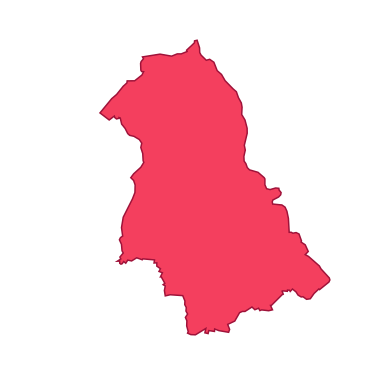 Cork City North West Lea-6, Cork, Ireland, rotated 248°
{"feature_id": "5873133B44543417312152", "entity_name": "Cork City North West Lea-6", "entity_type": "district", "adm_level": 2, "iso_a3": "IRL", "parent_name": "Ireland", "parent_adm1": "Cork", "projection": "mercator", "projection_center": [-8.566, 51.923], "detail": "fine", "context": "isolated", "style": "filled", "palette": "rose", "viewbox_px": 384, "rotation_deg": 248, "n_neighbors": 0, "source": "geoboundaries", "source_scale": "gbopen_adm2", "svg_char_len": 2517}
<svg xmlns="http://www.w3.org/2000/svg" viewBox="0 0 384 384"><g transform="rotate(248 192 192)"><path d="M272.5,268.6L282.8,264.4L289.9,263.4L295.1,260.8L304.1,260.9L308.4,258.1L308.8,254.6L315.5,251.7L318.4,251.4L322.8,253.0L330.8,253.6L331.2,251.0L329.4,250.1L325.5,240.1L324.1,240.1L324.1,233.8L325.6,230.1L325.6,224.0L331.8,214.0L335.8,196.7L333.7,196.9L332.0,193.7L330.5,192.5L324.1,190.2L322.6,190.4L321.7,192.2L319.2,189.4L316.6,180.5L319.3,173.5L317.5,172.5L315.8,167.8L310.7,158.7L308.6,152.5L299.8,136.3L289.8,142.2L291.5,148.4L289.9,148.3L288.0,149.4L287.7,151.8L288.4,152.2L287.5,153.2L281.3,152.2L276.0,153.8L270.2,154.3L267.9,155.4L265.4,159.0L260.4,162.8L256.1,163.7L252.4,161.2L246.0,160.7L239.3,158.4L237.5,158.4L234.1,153.8L230.7,144.7L228.2,140.6L224.5,142.2L219.8,141.9L212.9,138.9L207.9,134.2L194.4,118.8L185.4,113.3L177.1,111.2L176.5,108.6L174.9,106.8L169.9,107.0L163.7,105.1L161.2,105.4L158.7,100.8L156.6,100.9L155.8,96.9L155.0,99.1L153.0,98.3L151.7,99.1L151.7,100.5L153.1,102.6L150.8,103.9L152.9,106.9L150.7,110.2L151.7,116.1L147.8,120.5L148.4,121.4L143.1,131.8L140.4,130.2L139.5,132.8L136.4,131.6L132.7,134.0L130.7,131.6L128.2,134.3L125.1,130.9L124.8,131.7L117.5,132.6L116.9,130.5L114.9,132.0L111.0,129.5L105.7,128.3L104.9,133.3L99.4,144.6L93.6,144.6L90.3,143.1L87.0,143.4L83.9,141.8L80.5,142.2L78.2,138.9L74.5,139.0L69.8,136.9L64.0,136.2L62.8,135.0L60.2,137.5L58.3,141.7L60.3,153.7L56.6,151.2L54.7,153.9L57.2,155.7L54.3,160.6L56.5,161.7L53.4,165.0L48.2,173.4L50.5,175.4L55.9,175.5L56.3,183.3L62.3,190.9L62.4,194.0L61.4,196.4L62.9,204.5L59.3,206.2L59.3,210.2L56.6,210.5L56.6,212.4L53.2,218.6L52.6,222.5L57.4,222.3L57.1,223.1L63.4,238.0L62.4,238.3L66.3,238.4L66.3,239.2L64.2,243.2L65.3,243.8L64.4,245.6L63.0,245.8L64.4,248.8L60.4,251.0L56.7,251.7L53.8,253.9L53.3,255.7L49.6,258.0L48.7,261.7L52.2,267.2L54.6,273.3L53.7,273.7L57.2,285.2L58.8,286.9L60.9,287.1L72.4,282.8L75.7,282.4L88.6,275.9L91.5,273.5L93.3,277.5L100.6,277.2L104.7,274.4L105.7,275.2L113.0,275.5L115.4,273.3L116.0,270.1L117.5,268.9L118.2,267.0L131.4,271.5L138.6,272.8L143.1,272.6L146.3,270.5L150.6,262.3L152.8,262.7L154.3,264.0L154.9,270.4L156.2,273.2L158.1,274.4L161.1,273.5L162.9,273.9L164.4,271.0L165.0,265.3L167.1,262.4L171.4,262.3L176.8,264.5L178.2,264.3L185.5,260.6L191.0,253.6L193.9,252.4L198.1,252.6L201.1,251.9L205.5,253.4L210.9,257.1L215.7,258.0L225.8,265.2L230.5,267.0L238.9,268.1L245.2,267.1L251.9,270.2L256.1,271.1L262.1,270.4L268.3,270.7L272.5,268.6Z" fill="#f43f5e" stroke="#9f1239" stroke-width="1.5"/></g></svg>